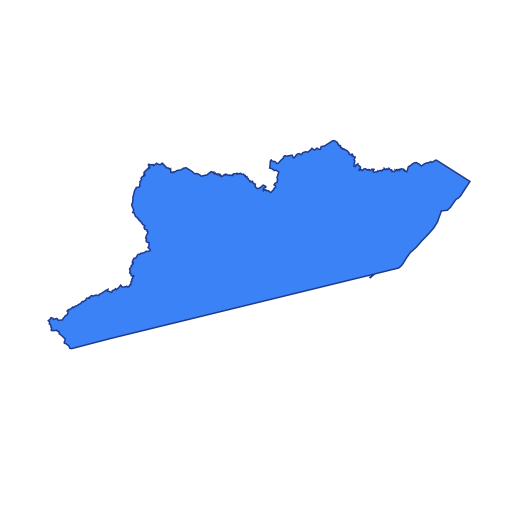 Cantagallo, Bolívar, Colombia, rotated 32°
{"feature_id": "7082276B88554525849396", "entity_name": "Cantagallo", "entity_type": "district", "adm_level": 2, "iso_a3": "COL", "parent_name": "Colombia", "parent_adm1": "Bolívar", "projection": "natural_earth1", "projection_center": [-74.16, 7.216], "detail": "fine", "context": "isolated", "style": "filled", "palette": "blue", "viewbox_px": 512, "rotation_deg": 32, "n_neighbors": 0, "source": "geoboundaries", "source_scale": "gbopen_adm2", "svg_char_len": 6128}
<svg xmlns="http://www.w3.org/2000/svg" viewBox="0 0 512 512"><g transform="rotate(32 256 256)"><path d="M383.4,190.5L384.4,187.4L384.7,184.9L384.6,178.3L385.0,171.5L387.3,163.5L388.5,155.5L390.5,146.5L391.9,138.0L391.8,130.3L391.8,130.8L389.3,119.6L394.1,115.7L395.1,111.5L395.6,101.8L396.7,100.2L397.6,97.0L397.9,79.4L358.2,79.1L357.4,79.8L356.3,82.2L355.0,83.6L354.2,83.3L353.4,84.9L350.8,87.3L349.1,90.4L348.8,91.8L348.0,92.1L345.9,91.6L342.4,91.8L340.7,93.4L339.8,95.2L339.4,96.9L338.0,99.4L338.0,100.0L339.1,103.6L339.1,104.9L337.5,104.7L336.9,105.2L336.7,104.6L335.9,104.7L335.8,104.3L335.2,104.2L333.2,105.0L332.7,106.3L332.6,105.6L330.9,107.4L330.7,107.9L330.3,107.1L330.3,108.1L329.4,108.3L329.4,109.2L328.5,109.3L329.2,109.8L328.6,111.2L327.5,111.4L326.6,112.4L325.9,112.2L325.9,111.5L325.4,111.1L323.8,111.7L322.1,111.1L321.8,111.8L321.8,112.9L320.6,113.0L320.5,114.0L318.2,113.7L318.7,114.8L317.9,115.4L317.6,117.3L316.8,117.1L315.6,118.0L315.1,119.1L314.1,119.3L314.1,120.6L313.0,121.2L311.5,122.7L310.1,121.8L310.3,120.0L310.0,119.9L309.3,120.6L308.4,120.7L308.1,121.9L307.2,123.2L306.3,122.7L305.4,123.2L305.3,124.0L302.5,124.0L301.2,125.3L301.0,127.2L299.3,126.9L298.3,128.7L297.9,128.7L297.8,125.8L297.3,125.1L294.1,124.7L293.6,123.9L292.5,125.8L292.8,127.5L291.5,128.0L290.3,125.7L290.2,124.5L289.7,124.0L289.5,123.0L288.5,122.7L288.0,122.1L288.0,120.7L287.6,119.5L286.7,120.0L285.6,119.8L284.6,120.1L284.6,119.2L283.5,118.6L283.2,119.1L283.7,119.7L282.7,119.8L281.3,120.4L280.7,120.1L280.6,119.4L277.5,118.4L274.8,118.6L274.4,119.0L273.5,118.6L272.6,119.5L271.6,118.8L270.5,119.3L270.4,118.7L269.6,118.7L269.1,117.7L267.7,118.4L266.8,117.5L265.8,117.6L264.9,116.6L261.7,116.6L260.0,117.5L255.8,126.4L253.3,128.6L254.0,131.5L252.3,132.5L251.2,132.0L250.2,132.7L249.9,134.6L249.5,135.2L246.3,135.0L246.1,137.0L244.9,140.6L243.2,141.0L241.4,143.0L240.8,144.0L240.8,145.8L240.5,146.2L238.5,146.2L237.2,147.4L236.5,149.5L236.7,150.3L236.3,152.5L235.9,152.9L235.3,152.7L233.3,151.3L230.2,154.0L229.3,155.2L227.9,155.3L227.3,155.7L226.8,157.3L227.4,158.7L226.6,160.6L225.8,165.1L225.2,166.1L224.4,166.6L222.4,165.8L219.0,167.1L218.1,166.4L217.9,166.6L217.8,167.5L218.0,168.3L219.3,170.4L221.0,174.2L223.5,173.5L226.2,173.9L227.4,172.7L230.4,172.6L230.9,172.9L232.2,178.3L233.7,179.4L233.7,180.2L234.3,180.9L234.7,182.1L233.6,184.6L233.6,186.1L235.4,186.1L236.2,187.4L235.5,188.8L235.7,191.1L235.3,192.3L235.2,193.7L234.5,194.5L232.0,194.0L230.0,195.2L229.2,194.6L228.0,195.6L227.7,196.7L226.9,195.8L226.9,193.6L227.8,192.8L227.8,192.1L227.1,191.8L224.6,192.0L224.1,193.0L223.9,194.5L222.3,197.6L220.3,198.2L218.0,197.1L217.4,195.4L216.3,195.8L215.7,195.5L214.6,195.7L213.4,194.5L212.3,195.9L211.7,196.2L211.4,195.5L208.9,195.3L208.2,194.4L206.8,194.6L206.2,193.5L204.8,194.3L204.2,193.4L203.3,193.7L202.1,193.2L201.1,194.0L198.7,194.2L198.2,195.4L197.2,195.7L196.6,196.5L196.0,195.9L195.3,196.9L193.5,198.1L193.2,199.0L193.5,200.1L192.7,200.1L192.4,200.9L190.4,201.4L189.9,202.3L187.8,202.3L187.2,203.6L186.6,203.0L185.6,204.7L185.3,206.5L182.8,207.1L182.6,206.7L183.2,206.2L182.0,205.8L180.7,207.3L180.2,206.5L179.4,207.6L177.7,207.2L177.3,208.3L175.8,207.1L175.1,207.6L175.2,208.1L173.2,208.2L171.2,213.7L169.9,214.6L167.2,217.4L165.3,217.0L163.4,217.1L162.0,217.5L160.1,218.9L157.4,218.2L149.9,218.2L148.0,220.0L146.6,222.9L143.8,225.2L142.8,227.3L141.4,228.4L141.5,229.1L141.2,229.6L140.2,229.5L139.4,230.2L137.2,227.1L135.8,228.1L135.1,227.8L133.2,228.7L132.6,228.2L130.9,227.8L130.2,228.0L129.4,227.3L128.3,227.3L127.7,226.8L126.9,227.3L127.0,228.6L125.7,229.6L123.7,230.2L122.5,230.0L121.4,233.6L120.9,233.6L120.3,233.0L118.4,234.4L116.6,234.9L116.3,235.3L116.5,235.9L118.5,236.7L118.1,237.5L118.8,237.4L119.1,237.7L118.3,239.3L117.7,239.8L117.8,241.0L117.2,241.8L116.8,244.0L116.8,244.7L117.7,244.6L117.8,246.7L118.9,246.2L119.0,246.5L118.7,247.5L117.5,249.2L117.3,251.1L118.6,252.0L118.2,254.6L119.3,256.0L119.5,257.0L120.6,258.6L120.4,259.3L118.1,261.5L118.6,262.4L118.3,263.4L118.5,265.3L120.2,270.3L120.3,271.3L120.9,271.9L123.0,275.8L123.1,277.5L123.9,279.0L127.9,281.8L128.4,284.4L129.7,284.0L132.9,286.3L134.8,286.3L135.6,286.9L136.8,286.8L137.6,287.6L140.3,287.9L141.1,288.6L142.2,288.5L143.0,289.3L145.5,289.2L145.8,289.5L145.7,290.9L147.4,292.2L150.2,291.8L150.6,292.8L151.3,292.7L152.0,293.8L152.3,297.1L153.1,299.5L154.5,299.9L154.8,301.5L155.4,301.9L156.5,302.0L158.2,301.4L159.9,304.1L160.0,306.1L163.0,306.7L163.3,307.1L163.2,308.0L161.6,309.5L160.4,310.1L159.6,312.2L157.2,314.7L156.9,314.7L156.9,315.8L155.9,316.3L155.0,317.5L155.1,321.3L154.8,321.8L153.8,322.5L153.7,323.1L154.1,326.3L154.9,327.4L155.6,326.8L156.0,327.8L155.3,330.3L155.9,330.7L155.6,334.0L157.4,335.4L157.5,336.7L158.2,337.5L159.1,337.3L160.6,338.7L161.7,338.7L162.6,337.5L162.9,337.6L163.0,341.5L163.9,342.8L163.5,343.7L164.2,344.5L164.3,345.4L165.1,346.9L164.2,347.6L164.6,349.0L164.3,349.8L163.6,349.9L163.4,350.4L162.4,350.2L160.1,352.7L158.4,353.2L157.3,352.5L156.6,352.4L156.5,355.3L155.4,358.5L154.2,358.2L153.9,359.8L152.5,361.4L153.0,363.2L152.6,363.6L150.8,363.7L148.7,364.6L148.1,362.8L146.8,365.0L144.9,369.4L143.4,371.6L143.5,373.0L141.0,373.9L139.0,376.4L137.9,376.5L137.2,377.2L137.1,378.6L136.3,379.6L136.3,379.8L136.8,379.6L137.1,380.1L134.7,381.5L134.7,382.5L135.1,383.6L133.9,385.7L133.7,386.5L133.1,386.4L132.8,386.8L132.5,387.7L132.6,389.1L131.2,391.2L130.3,393.5L129.3,394.2L128.7,396.5L127.6,396.4L127.1,398.8L126.5,400.0L125.7,400.4L125.1,401.8L125.0,402.6L125.6,402.3L126.3,403.0L127.0,405.6L126.5,407.0L125.9,407.9L126.0,409.4L125.6,410.5L125.7,412.8L122.5,415.3L120.6,414.5L119.9,414.7L118.2,416.9L117.1,416.5L115.2,416.7L114.7,417.3L115.0,418.7L114.1,420.9L116.1,421.5L116.7,423.1L118.9,423.5L119.7,424.9L120.9,425.3L121.5,427.4L122.6,427.5L123.4,426.6L124.3,426.4L126.3,424.5L127.1,425.0L129.1,424.6L130.4,426.3L132.3,426.3L138.3,427.5L139.2,431.0L139.7,431.5L141.3,431.1L144.9,431.4L146.9,432.9L148.7,432.3L176.0,403.4L365.4,209.1L364.7,211.0L364.7,212.3L364.2,213.1L363.8,213.6L364.5,213.8L365.2,211.2L366.4,208.0L383.4,190.5Z" fill="#3b82f6" stroke="#1e3a8a" stroke-width="1.5"/></g></svg>